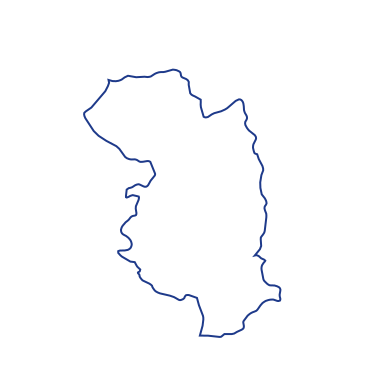 SVG path tracing the border of Huancavelica, rotated 142°
{"feature_id": "PER-588", "entity_name": "Huancavelica", "entity_type": "Department", "adm_level": 1, "iso_a3": "PER", "parent_name": "Peru", "parent_adm1": "", "projection": "mercator", "projection_center": [-74.962, -13.06], "detail": "fine", "context": "isolated", "style": "outline", "palette": "blue", "viewbox_px": 384, "rotation_deg": 142, "n_neighbors": 0, "source": "natural_earth", "source_scale": "10m", "svg_char_len": 4165}
<svg xmlns="http://www.w3.org/2000/svg" viewBox="0 0 384 384"><g transform="rotate(142 192 192)"><path d="M274.2,74.0L266.0,80.1L261.6,84.5L260.4,86.1L259.6,87.6L256.2,98.6L253.3,105.5L257.9,112.7L258.8,113.5L260.1,114.3L260.8,114.3L261.6,114.1L262.2,113.9L263.3,113.2L264.1,113.1L265.1,113.1L266.9,113.6L267.9,114.1L268.5,114.7L268.8,115.2L270.3,118.9L270.9,120.3L273.3,124.0L279.7,131.9L280.9,134.0L281.7,135.9L282.0,137.4L281.9,140.0L281.7,141.5L281.2,142.8L281.4,144.1L282.0,146.0L284.8,151.6L285.4,152.9L285.5,154.5L285.5,156.2L285.4,156.9L285.3,157.6L284.6,158.8L284.4,159.4L284.4,160.0L284.5,160.6L284.5,161.2L284.3,161.7L284.2,161.8L283.9,161.9L282.2,161.6L281.8,161.8L281.5,162.0L280.5,162.8L281.1,166.8L281.0,168.0L280.3,172.0L283.4,175.1L287.0,184.2L287.4,186.2L287.6,189.4L286.6,190.8L285.8,190.6L284.8,190.2L280.9,187.3L278.2,185.9L276.3,185.6L274.7,185.8L273.5,186.4L272.5,187.1L271.6,188.0L271.0,189.2L270.5,190.5L270.2,191.9L270.2,193.5L270.3,195.1L271.0,197.9L272.1,200.3L272.5,201.5L272.6,202.7L272.3,204.2L271.3,205.9L269.2,207.4L267.4,208.1L263.0,209.0L260.4,209.0L258.9,209.1L256.2,209.8L254.8,209.9L253.5,209.6L251.3,208.5L250.4,208.3L249.5,208.8L248.7,209.7L246.6,213.5L245.0,215.3L238.9,218.7L237.3,220.1L236.8,221.2L237.7,222.4L240.6,226.0L241.8,226.5L243.3,227.0L244.9,227.2L246.8,227.8L247.2,228.5L246.5,229.5L242.0,234.1L239.5,234.0L237.9,233.2L236.1,232.6L232.5,232.3L230.6,231.7L229.2,230.9L228.6,230.0L226.7,226.2L225.9,225.1L224.8,224.4L223.6,224.2L222.3,224.4L217.6,226.4L211.2,227.9L210.4,228.4L209.8,229.2L206.3,241.4L206.7,242.4L207.4,243.3L208.5,244.1L212.0,246.0L214.0,247.4L214.5,248.1L214.8,248.6L215.3,250.1L215.7,251.2L216.4,252.3L217.3,253.2L219.4,254.7L220.3,255.5L221.0,256.3L221.5,257.0L222.5,258.7L223.1,260.8L222.7,270.8L223.4,274.7L228.0,285.0L231.0,293.8L231.9,300.5L230.6,315.8L230.0,318.1L229.1,319.8L228.1,320.7L226.1,320.9L219.3,320.5L198.3,324.8L193.1,327.2L190.1,329.1L188.8,331.7L186.4,328.4L183.8,326.2L181.5,324.9L179.8,324.3L178.2,323.9L174.5,323.8L170.9,323.0L165.3,316.8L158.5,312.1L156.2,309.9L154.5,308.9L153.3,308.4L148.6,308.0L146.8,307.6L144.4,306.7L142.6,305.6L140.5,304.0L139.0,303.2L131.7,300.2L130.2,298.7L129.1,297.4L127.9,295.0L127.6,293.9L127.8,292.7L129.0,290.5L129.3,289.3L129.0,288.1L127.1,284.7L126.7,283.4L126.5,282.4L126.8,280.7L128.6,278.5L132.6,270.9L132.5,269.1L132.0,267.7L130.8,265.4L128.3,259.4L129.8,257.4L131.4,255.5L132.8,253.3L136.5,244.1L135.7,242.7L134.6,241.9L133.2,241.3L128.7,241.0L125.9,240.4L119.4,237.7L115.3,236.7L112.7,236.4L110.1,236.5L101.5,236.9L98.0,236.1L97.1,235.3L96.5,234.1L96.4,232.7L96.6,231.3L97.1,230.0L98.4,227.7L100.6,224.5L101.1,223.3L101.6,221.8L102.0,218.7L102.5,217.3L103.2,216.3L104.3,215.5L106.8,214.5L107.9,213.4L108.7,211.9L109.2,209.0L109.3,207.0L109.2,205.2L107.5,198.1L107.7,196.2L108.4,194.9L109.4,194.1L114.2,191.8L115.4,190.8L116.7,189.3L118.0,186.5L118.6,184.9L118.8,184.0L118.6,183.5L118.3,182.9L117.4,181.6L119.1,176.9L120.5,169.1L121.5,166.7L122.6,165.2L126.9,162.6L132.3,157.6L135.6,153.1L138.5,147.2L138.5,143.5L138.5,142.1L139.0,139.6L139.6,138.2L140.3,137.1L141.6,136.4L142.8,136.1L144.0,135.5L145.0,134.4L145.8,132.6L146.8,129.3L147.7,127.9L149.0,126.3L158.6,116.6L160.1,115.5L162.4,114.7L164.1,114.3L165.7,113.8L166.9,112.5L170.7,106.9L173.7,105.1L181.6,103.3L180.5,102.8L180.4,102.7L179.9,102.3L179.0,100.7L178.8,100.1L178.3,97.1L177.0,94.7L176.8,94.2L176.5,92.8L176.8,92.6L177.5,92.4L179.5,92.0L182.0,91.1L183.4,90.0L184.4,88.9L185.1,87.8L189.4,79.4L189.8,78.0L189.7,76.5L189.3,73.5L188.9,72.1L188.4,70.9L187.5,70.0L184.6,67.6L183.1,65.5L182.5,64.3L182.0,63.1L182.0,61.8L182.4,60.7L183.2,59.8L186.0,57.3L186.7,56.4L187.3,55.4L188.0,53.7L188.7,52.8L189.5,52.3L190.9,52.8L191.8,53.6L194.0,57.0L194.9,57.8L195.9,58.5L196.8,59.1L198.5,59.9L201.0,60.8L202.7,61.0L204.8,61.1L207.9,60.5L212.8,59.0L214.4,58.8L216.4,59.3L217.9,59.8L219.6,60.2L221.6,60.4L224.3,60.3L230.6,58.6L231.5,58.1L232.0,57.5L232.9,55.8L233.6,54.5L234.4,53.6L234.9,53.2L235.5,52.9L236.4,52.8L237.6,52.9L242.7,54.1L245.9,54.5L248.2,55.6L253.9,60.1L257.6,60.0L258.4,60.1L259.6,60.9L267.7,68.8L274.2,74.0Z" fill="none" stroke="#1e3a8a" stroke-width="2"/></g></svg>